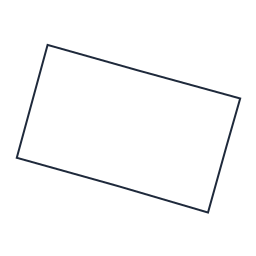 Gillespie, Texas, United States of America (Albers equal-area conic projection), rotated 196°
{"feature_id": "52423323B49995715327400", "entity_name": "Gillespie", "entity_type": "district", "adm_level": 2, "iso_a3": "USA", "parent_name": "United States of America", "parent_adm1": "Texas", "projection": "albers", "projection_center": [-98.986, 30.317], "detail": "fine", "context": "isolated", "style": "outline", "palette": "slate", "viewbox_px": 256, "rotation_deg": 196, "n_neighbors": 0, "source": "geoboundaries", "source_scale": "gbopen_adm2", "svg_char_len": 256}
<svg xmlns="http://www.w3.org/2000/svg" viewBox="0 0 256 256"><g transform="rotate(196 128 128)"><path d="M135.1,186.1L228.2,185.7L226.7,68.7L122.7,69.4L27.8,68.8L28.3,137.9L28.3,187.3L135.1,186.1Z" fill="none" stroke="#1e293b" stroke-width="2"/></g></svg>